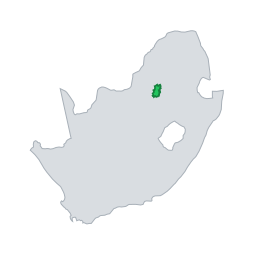 West Rand, Gauteng, South Africa (highlighted), rotated 351°
{"feature_id": "47623444B6623169143942", "entity_name": "West Rand", "entity_type": "district", "adm_level": 2, "iso_a3": "ZAF", "parent_name": "South Africa", "parent_adm1": "Gauteng", "projection": "orthographic", "projection_center": [27.638, -26.223], "detail": "fine", "context": "in_parent", "style": "filled", "palette": "green", "viewbox_px": 256, "rotation_deg": 351, "n_neighbors": 0, "source": "geoboundaries", "source_scale": "gbopen_adm2", "svg_char_len": 5386}
<svg xmlns="http://www.w3.org/2000/svg" viewBox="0 0 256 256"><g transform="rotate(351 128 128)"><path d="M182.4,40.3L189.2,39.5L192.3,40.1L195.9,41.6L199.4,42.2L205.2,41.8L207.2,42.1L208.8,42.7L210.0,43.5L211.5,49.4L212.8,55.7L212.7,57.7L212.9,58.5L214.4,61.2L215.0,62.9L215.9,64.3L217.8,71.1L218.0,72.2L217.5,88.5L216.6,90.4L216.9,93.0L215.9,93.3L210.3,89.8L209.3,89.9L207.7,91.1L206.2,93.0L205.5,94.6L202.5,98.9L202.2,101.6L202.4,104.0L203.4,104.1L204.0,105.9L205.5,108.6L208.0,110.4L210.4,111.3L213.7,111.6L216.4,111.6L216.3,109.8L217.1,104.9L221.5,105.7L228.0,105.7L227.4,108.9L224.8,116.1L223.0,124.3L220.9,128.3L219.7,130.0L216.5,132.9L214.8,133.8L213.4,134.1L207.8,140.1L205.8,143.0L203.9,147.2L202.1,149.5L199.4,154.5L194.7,161.8L190.8,166.6L189.2,167.9L188.0,168.6L185.0,171.3L180.7,175.8L177.5,179.8L172.7,184.3L169.9,186.3L165.8,190.2L164.7,190.8L160.1,194.4L156.8,196.6L151.4,199.2L149.3,199.9L144.2,199.3L142.1,199.7L140.4,201.3L140.3,203.5L139.5,203.9L134.9,202.9L133.0,203.1L131.9,204.3L131.0,205.8L128.4,206.0L123.6,204.6L118.0,203.8L116.7,203.7L114.1,204.9L113.1,205.1L109.2,205.0L107.0,204.4L104.9,204.5L103.3,205.1L101.4,205.4L96.5,209.8L93.8,209.9L91.5,210.5L87.4,210.2L86.2,210.5L85.0,211.3L82.2,211.8L81.2,212.4L76.8,216.5L74.8,216.2L72.4,216.3L69.5,214.5L68.5,214.7L68.7,214.0L68.7,213.0L67.6,211.9L66.5,212.1L65.9,211.2L64.2,211.2L62.9,211.6L62.3,208.1L61.7,207.8L60.0,207.8L59.2,208.0L58.8,208.4L58.5,209.2L58.7,211.6L58.1,211.0L57.3,209.6L56.9,208.0L57.0,206.2L58.2,205.4L57.6,203.1L55.3,199.1L54.0,198.4L52.9,196.4L51.9,195.7L51.3,194.3L50.3,193.2L49.8,191.3L50.2,190.3L51.0,189.6L51.9,190.5L52.9,190.0L54.2,188.6L54.9,186.5L54.7,183.3L54.3,181.3L52.6,176.1L52.0,175.0L49.0,171.4L45.5,166.7L41.0,159.1L38.7,154.5L35.0,145.1L32.0,139.9L28.4,135.1L28.0,134.8L28.4,134.1L29.9,132.8L30.7,132.4L31.1,132.5L31.4,132.2L31.8,131.3L31.9,129.5L32.5,127.6L33.1,126.7L34.5,126.1L35.7,126.7L36.2,127.3L36.5,128.2L37.1,128.6L37.8,128.5L38.5,129.1L38.9,130.2L38.9,131.0L38.5,131.6L38.6,132.3L39.2,133.1L40.0,134.9L43.1,135.6L44.8,135.6L46.5,136.0L48.1,136.7L50.6,136.7L54.0,136.0L56.9,136.0L59.2,136.7L60.8,136.7L61.8,136.1L62.2,135.4L62.0,134.4L62.4,133.8L63.5,133.4L64.4,132.6L65.0,131.4L66.5,130.3L69.0,129.4L70.2,129.4L67.2,78.5L71.9,81.8L73.1,83.3L75.5,88.0L78.1,93.7L78.6,96.5L78.6,97.2L76.5,101.2L76.5,103.1L76.9,105.3L77.5,106.4L78.2,106.7L79.7,106.0L82.2,106.5L86.9,106.0L89.3,106.2L89.9,106.0L90.4,105.5L90.9,104.1L91.5,103.7L93.6,103.0L94.6,102.2L96.0,99.4L100.6,95.7L101.1,94.8L103.8,86.2L104.6,85.0L105.9,84.1L108.5,83.4L110.0,83.7L111.7,84.4L113.6,85.6L116.5,87.8L117.4,88.1L120.2,88.1L122.0,89.6L127.2,90.5L128.7,90.4L130.3,89.6L133.0,89.6L135.8,88.9L137.6,87.4L140.8,78.1L141.1,76.0L141.5,75.4L144.3,74.4L147.6,73.5L148.3,73.1L150.4,70.5L153.1,68.3L155.0,60.9L156.2,59.1L157.0,58.4L157.5,58.4L158.2,57.9L159.1,57.0L160.2,56.4L161.5,56.2L162.3,55.6L162.7,54.6L163.3,54.1L164.2,54.1L164.8,53.8L164.9,53.2L167.0,51.6L167.0,50.9L168.2,49.4L170.5,46.9L172.7,45.5L174.8,45.2L178.6,44.0L180.0,42.8L180.9,41.2L182.4,40.3ZM175.2,149.9L178.4,148.6L180.8,147.0L181.3,144.0L183.2,142.2L183.9,140.5L184.4,138.1L183.4,135.6L181.9,134.8L179.2,132.6L178.0,131.2L176.4,129.9L175.3,128.5L173.4,128.9L170.5,130.1L168.7,131.2L167.1,132.5L164.4,133.4L161.9,137.5L161.1,138.4L159.1,141.4L156.2,142.9L156.2,143.4L157.1,145.8L158.5,148.3L159.8,150.2L159.8,151.5L160.2,152.4L161.5,153.1L163.6,155.5L164.6,156.3L167.8,156.9L168.2,156.8L169.1,155.3L169.2,154.3L171.3,151.1L172.3,150.1L175.2,149.9Z" fill="#d9dde1" stroke="#a8b0b8" stroke-width="1"/><path d="M159.8,94.3L159.8,94.8L159.2,94.7L158.9,94.7L159.1,95.4L159.1,95.8L159.2,96.0L159.3,96.2L159.4,96.4L159.4,96.5L159.1,96.8L158.8,97.0L158.7,97.0L158.2,97.3L157.6,97.9L158.1,98.8L158.1,99.0L158.2,99.5L158.0,99.8L157.8,99.8L157.6,99.9L157.3,99.9L157.4,100.3L157.5,100.3L157.6,100.5L158.2,100.6L158.2,100.9L158.2,101.2L158.3,101.5L158.4,101.4L158.4,101.5L158.4,101.4L158.4,101.5L158.4,101.4L158.5,101.4L158.8,101.4L159.0,101.3L159.6,101.2L159.4,100.8L159.5,100.8L159.5,100.7L159.9,100.6L160.0,100.8L160.1,101.0L160.6,101.6L160.7,101.4L161.0,101.4L161.6,101.6L162.4,101.6L162.5,101.1L163.1,101.1L163.5,101.2L163.7,100.6L163.7,100.4L163.7,100.1L163.7,99.9L164.1,100.0L164.2,99.4L164.1,99.0L164.2,98.8L164.3,98.6L164.6,98.7L164.8,98.5L164.7,98.0L164.6,97.7L165.4,97.7L165.4,97.3L165.5,97.3L165.5,96.9L165.4,96.9L165.4,96.6L165.2,96.6L165.1,96.9L165.0,96.6L164.5,96.6L164.7,96.2L164.4,96.1L164.2,95.6L164.3,95.5L164.2,95.5L164.2,95.4L164.9,95.6L165.1,95.2L165.4,95.2L165.5,95.1L165.4,95.0L165.7,94.4L165.6,94.2L165.7,93.9L165.8,93.8L165.8,93.7L166.1,93.7L165.9,93.5L166.1,93.4L166.1,93.6L166.3,93.5L166.3,93.4L166.3,93.5L166.3,93.4L166.4,93.5L166.5,93.1L166.8,92.6L166.8,92.4L166.8,92.2L166.7,92.3L166.6,92.2L166.6,91.9L166.6,91.7L166.9,91.6L167.0,91.7L166.9,91.5L166.5,91.4L166.4,91.3L166.4,91.0L166.5,91.0L166.5,90.7L166.4,90.7L166.3,90.4L166.4,90.2L166.2,90.2L165.9,90.3L165.9,90.5L165.6,90.7L165.1,90.9L164.6,91.2L164.5,90.8L164.5,90.6L164.4,90.6L164.1,90.8L163.8,90.9L163.6,90.5L163.6,90.4L163.5,90.5L163.4,90.5L163.3,90.4L163.3,90.2L163.3,89.8L162.8,90.0L162.7,90.2L162.4,90.4L162.3,90.5L162.1,90.5L161.9,90.6L161.7,90.7L161.3,90.8L161.0,90.8L161.1,91.1L161.1,91.6L160.9,91.5L161.0,92.4L160.9,92.9L160.7,93.0L160.7,93.4L160.6,93.9L160.5,94.0L160.5,94.3L159.8,94.3Z" fill="#22c55e" stroke="#15803d" stroke-width="1.5"/></g></svg>